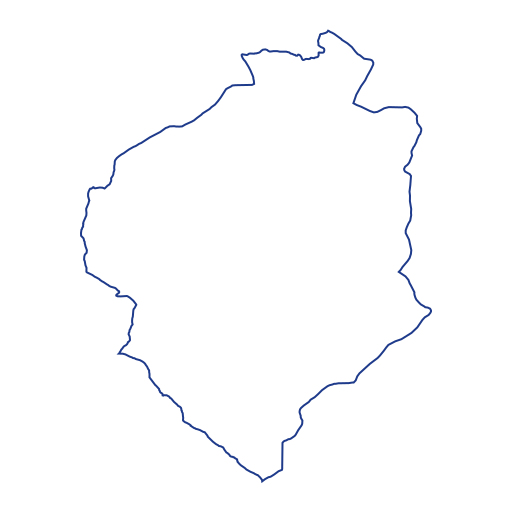 Vetas, Santander, Colombia (Mercator projection)
{"feature_id": "7082276B44126561494717", "entity_name": "Vetas", "entity_type": "district", "adm_level": 2, "iso_a3": "COL", "parent_name": "Colombia", "parent_adm1": "Santander", "projection": "mercator", "projection_center": [-72.897, 7.32], "detail": "fine", "context": "isolated", "style": "outline", "palette": "blue", "viewbox_px": 512, "rotation_deg": 0, "n_neighbors": 0, "source": "geoboundaries", "source_scale": "gbopen_adm2", "svg_char_len": 5961}
<svg xmlns="http://www.w3.org/2000/svg" viewBox="0 0 512 512"><path d="M118.9,353.6L122.7,353.7L125.4,354.4L129.7,356.6L132.0,357.4L133.1,358.1L134.5,358.2L135.7,359.0L140.0,360.2L142.6,361.6L144.3,362.9L145.3,364.0L145.4,364.4L147.1,366.7L148.1,368.9L149.1,370.4L149.2,372.6L149.5,373.8L149.5,377.4L155.3,385.1L155.9,385.5L159.1,389.0L159.2,390.1L159.9,391.1L159.9,391.7L160.7,392.7L161.5,393.0L162.5,394.0L162.6,395.4L163.3,395.6L164.0,395.2L166.7,395.3L169.3,396.7L169.9,397.8L171.2,398.5L174.0,401.9L177.2,404.7L178.0,405.8L179.8,406.7L180.9,407.7L181.3,408.9L181.4,410.2L181.8,410.6L181.9,411.7L182.7,413.2L183.0,416.6L183.2,417.8L183.0,420.1L183.1,420.5L183.6,421.1L185.2,422.3L186.6,422.8L189.3,424.3L190.4,425.1L190.8,425.5L190.7,425.8L194.2,428.1L194.9,428.2L195.7,428.8L197.7,429.3L200.0,430.1L203.3,431.9L204.7,432.2L207.5,435.7L207.7,436.6L212.9,441.7L216.1,444.2L218.0,445.2L218.9,446.0L220.8,446.3L223.2,447.5L224.4,449.7L226.4,452.5L227.6,453.1L228.0,453.6L229.3,454.6L229.8,455.7L231.1,456.6L233.0,456.9L233.3,457.3L234.4,457.5L235.0,458.2L237.1,459.4L237.2,460.8L238.0,461.8L237.2,461.4L239.4,463.9L240.9,465.3L244.8,468.0L246.4,469.5L250.5,471.8L253.9,473.2L254.5,473.7L257.1,475.0L257.6,475.0L260.1,477.4L261.4,479.1L262.0,479.8L262.2,481.3L265.1,479.1L268.5,477.2L269.7,477.0L271.0,476.5L274.3,474.4L278.6,471.2L281.9,469.9L282.2,468.9L282.2,467.1L282.5,442.8L283.5,441.6L284.5,440.9L286.2,440.4L288.4,439.2L289.7,439.1L291.0,438.5L294.6,436.0L295.7,434.7L298.2,430.2L301.6,425.3L302.2,423.8L302.4,420.5L301.2,418.5L300.7,417.2L300.7,415.8L299.6,412.6L299.6,411.3L300.0,409.4L301.0,408.0L303.8,405.5L308.9,401.9L310.6,399.7L314.7,397.2L318.1,394.1L322.1,390.1L327.5,386.2L329.6,385.2L332.4,384.5L334.2,383.8L335.6,383.8L338.4,383.3L348.8,383.1L352.6,382.5L353.7,382.5L355.7,380.4L357.3,376.3L359.5,373.3L369.8,363.9L377.6,358.0L379.9,355.6L383.8,350.8L386.2,347.5L388.4,344.9L395.3,341.3L401.4,339.2L411.5,332.9L417.3,327.4L422.5,319.8L424.8,317.3L428.6,315.0L430.3,312.9L431.0,311.5L431.0,310.4L430.1,308.7L427.8,307.6L425.2,307.2L424.4,306.5L420.8,304.4L419.0,302.6L416.4,299.7L415.4,297.7L414.5,294.8L414.3,293.3L414.4,292.3L410.7,285.1L409.7,283.4L408.4,279.9L405.5,276.4L398.8,271.9L400.6,270.0L402.6,266.9L407.7,260.9L409.6,258.0L410.9,254.0L411.3,250.2L409.0,239.6L405.7,233.1L405.7,230.4L406.8,227.2L408.4,223.6L410.2,220.6L411.2,215.2L411.0,212.9L411.2,209.0L409.9,201.1L410.0,195.6L409.5,191.7L410.3,185.1L411.0,176.0L409.7,174.1L405.0,171.5L404.2,169.9L404.1,168.8L405.1,166.7L407.6,164.7L409.3,162.5L412.1,155.5L411.5,153.0L411.5,151.3L413.5,147.1L414.3,146.2L416.3,142.3L416.9,140.1L419.0,135.3L420.2,134.1L421.2,130.8L421.2,128.7L420.3,127.1L417.3,123.1L416.8,118.7L417.1,115.9L414.5,112.7L410.7,109.2L408.4,107.6L405.1,106.9L402.2,107.4L388.8,107.1L384.1,108.3L380.8,110.2L377.3,111.9L373.9,112.4L369.9,111.0L361.1,106.7L356.7,105.0L353.4,103.2L356.3,94.7L361.1,86.1L365.2,80.3L367.2,76.1L370.9,69.5L373.2,64.6L373.3,62.7L372.3,60.7L371.3,60.0L370.1,59.6L364.1,58.7L360.1,55.4L357.7,54.1L355.4,51.6L351.9,47.1L347.4,43.3L341.7,39.7L341.4,39.1L334.2,33.9L331.7,32.5L330.3,32.0L329.0,31.1L328.1,30.7L327.6,31.5L326.9,32.2L325.8,32.8L322.9,33.7L320.6,34.1L320.1,34.6L319.7,36.4L319.3,37.0L319.2,37.8L318.1,40.5L318.1,41.6L318.4,42.8L318.5,45.3L320.8,47.0L323.0,47.9L324.0,48.7L324.2,49.2L324.3,50.4L324.0,51.8L323.5,52.4L322.7,52.7L320.0,52.7L319.1,52.4L318.6,52.8L318.6,55.6L317.7,57.0L315.0,57.6L314.1,58.2L311.2,57.8L310.6,57.9L310.2,58.7L308.9,59.1L306.2,58.9L305.6,59.0L304.4,59.7L303.3,60.0L302.8,59.9L302.1,59.1L301.2,56.8L300.3,55.7L300.0,55.3L298.8,54.7L298.1,54.7L297.2,55.7L296.3,55.7L295.8,55.6L295.0,54.9L294.3,54.9L292.2,53.9L290.5,53.5L289.4,52.5L286.3,51.7L279.8,51.7L277.2,51.1L273.6,51.1L270.9,51.5L269.6,51.5L268.4,51.0L267.2,50.0L265.4,49.4L262.9,49.7L261.4,50.7L260.0,52.1L258.9,52.7L256.2,53.4L254.8,53.4L254.2,53.7L250.0,53.5L248.8,53.8L247.5,54.8L246.7,55.0L242.3,54.3L241.7,54.8L241.7,55.8L242.6,57.9L243.6,59.5L245.3,61.4L248.4,66.5L250.3,70.1L252.9,76.2L253.3,77.5L253.3,78.4L253.9,81.1L254.1,83.9L252.0,84.9L235.3,85.2L232.3,85.5L231.0,86.5L227.6,88.2L226.0,89.2L220.9,97.2L218.1,101.0L215.0,104.6L211.5,107.1L209.6,109.0L202.6,113.4L201.3,114.8L197.3,117.7L194.0,120.4L192.1,121.4L192.3,121.4L185.4,124.5L182.1,126.4L179.5,126.6L175.9,126.5L174.2,126.2L169.6,126.4L167.8,127.3L165.7,128.0L160.2,132.0L149.8,137.4L141.2,143.0L139.0,143.9L137.4,145.0L135.6,146.1L133.7,146.8L128.9,149.5L123.6,153.3L121.7,154.3L119.0,156.2L116.9,158.0L115.4,159.9L114.8,161.3L114.6,164.6L114.3,165.6L114.2,168.2L114.4,169.8L114.1,171.0L113.6,172.2L113.3,174.5L112.8,175.7L111.1,178.2L111.2,180.9L109.6,184.3L107.5,185.7L105.2,188.0L104.6,188.5L102.5,187.7L99.8,187.5L95.1,188.3L94.2,188.1L93.6,187.2L93.2,187.2L91.4,188.7L90.2,188.7L89.8,189.1L88.6,191.7L88.1,193.5L88.1,196.3L89.3,200.6L89.1,200.8L88.4,203.5L86.2,208.7L86.2,210.6L86.5,212.9L86.3,215.5L83.6,221.7L83.1,223.5L83.4,224.0L83.1,224.9L83.1,226.7L82.3,227.6L82.0,229.0L81.5,229.5L81.0,233.0L81.1,235.8L83.4,238.2L83.8,239.2L84.0,240.6L84.7,241.9L84.7,243.1L85.6,246.7L86.9,250.2L86.6,252.8L85.2,254.2L84.8,254.8L84.3,256.5L84.2,257.9L84.1,259.8L84.7,261.0L85.5,265.4L86.5,267.8L86.4,271.7L86.7,272.2L87.2,272.5L92.4,275.0L94.7,276.7L96.8,277.7L99.4,279.2L99.8,279.8L102.3,281.5L103.4,282.0L107.1,284.5L108.1,285.0L109.3,286.0L110.8,286.7L115.0,287.9L115.9,288.5L118.0,290.7L119.1,291.3L119.2,292.2L118.7,293.1L117.5,293.8L116.5,294.8L116.2,295.2L116.3,295.7L117.6,296.3L120.7,296.4L126.9,296.0L128.0,296.5L130.0,297.8L133.3,300.7L135.8,303.9L136.3,304.8L134.6,308.0L133.6,309.2L133.3,310.7L132.8,316.7L132.3,318.3L132.1,320.2L132.1,322.2L132.6,324.5L131.5,325.8L130.3,328.9L129.6,330.0L129.3,332.1L128.8,332.9L128.6,334.2L129.7,336.6L130.0,340.1L129.1,341.4L127.9,342.2L127.9,342.6L127.1,344.1L126.0,345.2L124.4,346.0L123.6,346.7L122.2,348.7L121.3,349.6L120.4,351.4L119.7,352.3L119.7,352.8L118.9,353.6Z" fill="none" stroke="#1e3a8a" stroke-width="2"/></svg>